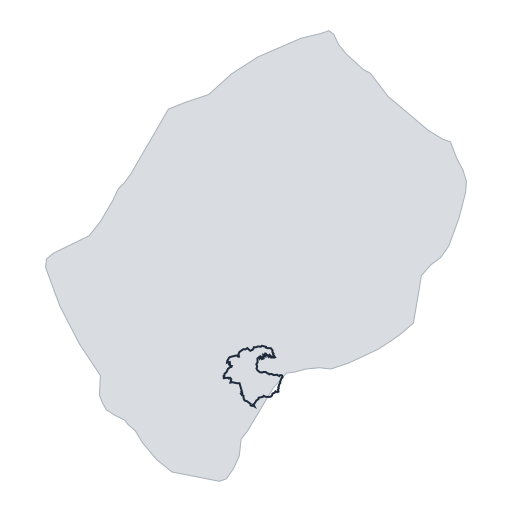 Mphaki, Quthing, Lesotho shown in context
{"feature_id": "5366337B73026559585968", "entity_name": "Mphaki", "entity_type": "district", "adm_level": 2, "iso_a3": "LSO", "parent_name": "Lesotho", "parent_adm1": "Quthing", "projection": "natural_earth1", "projection_center": [28.183, -30.161], "detail": "medium", "context": "in_parent", "style": "outline", "palette": "slate", "viewbox_px": 512, "rotation_deg": 0, "n_neighbors": 0, "source": "geoboundaries", "source_scale": "gbopen_adm2", "svg_char_len": 2890}
<svg xmlns="http://www.w3.org/2000/svg" viewBox="0 0 512 512"><path d="M348.5,363.1L332.3,368.5L330.0,369.0L319.7,367.7L305.8,369.0L295.0,372.0L286.5,373.1L272.8,388.6L247.8,430.5L241.1,439.2L239.3,455.7L233.5,468.7L226.4,478.8L219.4,481.3L198.6,477.2L171.9,472.0L156.4,459.4L142.6,442.8L135.3,430.8L127.6,424.1L125.0,420.4L114.1,414.9L110.0,412.0L106.4,409.9L102.0,401.9L99.4,394.9L100.4,375.5L92.7,363.9L79.6,344.2L71.2,328.0L59.8,305.9L52.8,287.0L45.6,267.4L46.5,259.0L53.4,253.2L73.5,243.4L89.2,235.7L100.3,221.7L112.6,200.9L118.5,188.4L124.4,182.7L130.9,173.8L142.2,154.2L154.9,132.5L168.4,109.1L185.4,102.3L208.8,94.5L231.2,74.1L257.9,56.9L301.1,38.2L321.2,33.4L328.9,30.7L333.7,34.2L338.8,44.9L346.2,53.9L363.2,69.5L370.4,73.2L387.9,96.3L406.7,112.1L428.2,130.3L442.9,139.3L450.4,141.8L456.6,158.0L462.9,169.9L466.4,181.2L465.7,192.1L458.8,218.8L448.7,246.1L440.7,257.5L431.0,264.7L421.4,275.5L417.8,297.4L413.4,323.1L401.0,333.8L391.3,340.7L378.0,349.3L348.5,363.1Z" fill="#d9dde1" stroke="#a8b0b8" stroke-width="1"/><path d="M254.4,406.4L253.3,404.4L254.5,403.6L256.4,400.5L258.5,399.0L258.6,397.7L262.8,396.9L263.6,395.8L265.3,396.7L267.8,397.0L270.7,396.7L272.0,395.5L272.5,393.6L274.6,392.8L275.5,391.3L277.2,392.2L278.5,391.6L277.9,389.6L278.8,388.3L278.2,387.2L278.8,386.4L279.1,384.6L280.3,382.9L280.0,382.2L281.7,377.7L282.4,377.7L282.5,377.2L282.3,375.9L281.6,375.2L280.0,375.2L279.2,376.1L277.0,374.7L273.7,375.1L271.6,373.9L269.3,374.4L268.6,373.5L267.6,373.5L265.7,372.0L263.2,372.0L262.3,372.5L260.0,372.3L257.5,370.3L256.5,368.5L257.2,366.3L256.3,364.2L257.6,362.3L257.4,358.6L259.2,357.0L259.7,358.4L260.7,356.7L261.8,359.1L262.5,358.9L261.9,357.6L263.4,357.9L262.8,356.5L263.8,355.8L263.4,354.7L264.0,354.9L264.5,356.3L265.0,356.4L264.6,355.7L265.5,355.1L264.9,354.4L265.2,353.5L265.9,353.7L266.2,355.5L267.5,355.0L268.6,356.7L269.6,354.9L270.6,356.1L270.5,357.2L270.9,357.5L271.8,357.6L272.2,356.7L273.9,357.7L274.7,357.4L274.3,357.1L274.8,356.9L273.0,354.2L273.5,353.6L272.4,352.1L272.5,350.3L270.8,348.2L267.4,348.1L265.9,347.6L265.9,346.8L261.8,345.8L260.7,346.8L258.0,346.4L256.0,347.3L253.9,347.2L252.9,349.6L250.3,350.8L247.3,348.1L245.5,349.4L243.3,349.2L239.4,352.0L238.5,354.2L239.0,356.7L238.0,356.7L237.2,355.6L236.2,355.5L230.1,357.0L229.2,357.6L227.2,361.0L227.0,362.6L227.9,362.2L228.1,361.3L228.2,362.1L228.7,362.0L228.9,362.8L229.8,362.3L230.0,364.4L229.3,364.7L230.2,365.7L231.8,366.0L231.4,366.9L230.4,367.0L227.9,368.9L226.5,372.1L224.5,373.8L224.3,376.2L223.6,376.2L223.8,378.2L228.2,377.7L228.9,378.6L230.1,377.8L231.3,379.2L230.4,382.6L232.3,382.2L237.1,383.3L239.5,383.2L241.7,390.8L241.8,391.9L241.3,392.0L241.7,393.4L241.0,393.8L241.8,394.7L242.2,394.2L242.2,395.3L243.5,395.7L243.6,398.3L244.6,400.5L246.9,401.2L250.7,404.0L250.5,405.1L251.1,405.7L252.1,405.9L252.7,405.4L254.4,406.4Z" fill="none" stroke="#1e293b" stroke-width="2"/></svg>